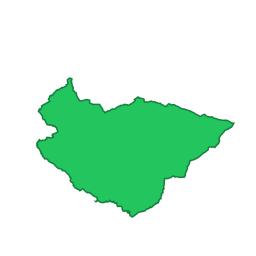 Hankha, Chai Nat, Thailand, rotated 139°
{"feature_id": "78962969B11374583847622", "entity_name": "Hankha", "entity_type": "district", "adm_level": 2, "iso_a3": "THA", "parent_name": "Thailand", "parent_adm1": "Chai Nat", "projection": "natural_earth1", "projection_center": [99.977, 15.032], "detail": "fine", "context": "isolated", "style": "filled", "palette": "green", "viewbox_px": 256, "rotation_deg": 139, "n_neighbors": 0, "source": "geoboundaries", "source_scale": "gbopen_adm2", "svg_char_len": 5844}
<svg xmlns="http://www.w3.org/2000/svg" viewBox="0 0 256 256"><g transform="rotate(139 128 128)"><path d="M208.3,174.8L208.4,172.9L209.0,172.9L208.8,170.9L208.8,169.7L209.2,168.6L209.2,167.3L209.7,167.3L209.7,165.6L210.4,165.6L210.4,162.9L210.9,162.9L211.0,159.0L209.8,158.6L209.6,158.3L209.4,156.3L209.6,155.7L209.6,154.4L209.2,153.6L209.0,152.7L208.3,152.0L208.4,151.2L207.5,149.8L207.6,147.5L207.2,143.5L206.7,142.5L205.5,141.5L205.2,140.9L205.2,140.2L205.5,139.7L205.4,138.8L205.1,138.4L204.3,138.0L203.8,136.5L203.7,133.0L203.4,131.6L203.7,130.0L204.2,129.5L203.7,128.0L205.0,127.2L206.3,125.7L206.4,124.8L205.6,123.0L206.0,121.4L207.1,120.6L206.9,119.1L207.2,117.7L206.5,116.0L206.4,115.0L205.5,114.0L205.5,112.2L204.4,111.9L202.9,112.1L201.9,111.4L201.7,109.4L201.7,107.3L201.1,106.4L200.9,105.5L199.9,105.0L199.4,104.5L199.4,103.8L199.0,103.4L199.1,102.8L199.0,101.9L198.8,101.5L198.7,99.6L198.2,99.1L198.2,98.1L197.7,97.6L197.0,96.3L196.9,95.6L197.6,95.1L198.0,94.5L198.0,93.2L198.3,93.1L199.4,93.6L200.4,93.3L200.6,93.6L200.6,93.3L200.4,93.2L199.3,93.6L198.7,93.3L197.2,89.5L195.9,88.1L194.0,87.3L193.7,86.9L192.4,87.1L192.5,86.5L192.4,86.1L191.7,85.8L191.6,85.3L191.3,85.1L189.5,85.1L189.2,85.3L189.0,84.6L189.4,84.2L189.1,83.2L188.6,83.0L188.3,82.2L187.4,82.3L187.0,82.1L187.0,81.3L187.5,80.8L187.6,80.4L186.7,79.4L185.9,79.2L185.7,79.0L185.9,78.5L186.7,77.5L187.3,75.7L186.6,75.2L184.5,73.3L184.4,72.3L184.8,71.4L185.2,71.2L185.3,70.5L185.8,70.3L185.9,69.0L186.2,68.5L185.9,68.2L185.6,68.2L185.3,67.4L184.8,67.2L184.4,67.4L183.8,67.1L183.6,66.0L182.8,65.8L182.3,65.5L183.3,65.2L184.0,64.5L183.3,63.5L182.3,63.4L181.9,63.8L181.7,63.6L182.1,63.2L183.0,63.0L183.1,62.0L183.6,61.4L183.7,59.7L183.4,59.4L183.4,58.8L183.0,57.9L175.4,57.4L174.5,57.0L169.8,54.4L167.5,54.6L165.7,53.8L164.4,53.5L164.2,53.7L163.2,53.4L163.1,53.6L162.7,52.8L162.3,52.6L160.7,52.8L158.6,52.7L158.1,52.9L156.8,52.3L156.1,52.8L155.2,52.0L153.9,51.8L153.6,52.5L153.0,52.4L151.6,53.3L151.3,53.1L150.8,53.5L150.2,53.4L149.4,53.1L148.4,54.4L147.2,55.2L146.8,55.1L145.9,56.5L145.5,56.6L144.8,56.2L144.1,56.3L143.6,56.7L142.4,58.6L141.8,58.3L140.7,58.5L139.8,60.2L137.7,61.7L135.3,64.3L133.6,65.8L132.7,64.9L132.2,64.8L131.1,63.7L127.8,62.5L125.3,62.1L124.8,61.2L124.8,60.2L124.2,60.1L123.0,59.3L121.8,57.3L120.9,56.3L118.6,54.8L118.2,54.1L117.3,54.0L115.4,55.0L115.0,55.6L113.3,56.7L112.0,57.1L111.1,57.8L109.7,58.4L108.3,60.1L107.6,59.9L105.7,60.6L104.7,61.4L103.5,61.9L102.8,62.6L99.3,61.0L95.5,59.8L94.6,59.9L92.9,59.6L88.3,59.7L85.4,59.1L83.3,59.1L82.1,58.9L80.4,60.3L80.0,60.4L79.0,60.3L77.7,59.5L77.5,58.6L76.9,58.6L76.5,58.3L75.2,56.3L74.9,56.5L72.2,56.8L71.3,57.1L70.8,56.8L69.4,57.0L68.3,57.8L67.9,57.9L67.0,58.7L66.7,59.3L66.7,60.3L65.8,60.5L65.2,61.2L64.5,61.0L62.9,61.8L61.4,61.6L59.2,62.1L58.0,62.1L56.7,62.7L54.4,62.0L53.2,61.4L52.5,61.6L50.4,60.9L48.9,60.8L45.0,62.2L46.4,63.7L47.8,67.9L48.8,69.5L51.0,71.2L54.2,74.9L54.8,76.4L55.8,77.9L56.7,78.7L57.0,80.9L58.9,82.5L61.0,85.1L61.2,85.8L61.1,87.4L61.3,88.1L63.3,88.9L65.3,89.0L66.2,89.7L66.6,91.4L67.9,94.3L68.2,95.9L68.8,97.1L69.7,99.8L70.6,100.9L71.7,103.1L72.3,103.7L72.9,105.2L74.4,106.7L75.1,107.8L76.3,111.8L77.2,112.8L77.5,114.3L78.0,115.5L80.1,116.9L81.1,119.4L82.4,119.6L84.9,119.2L85.5,119.5L86.2,120.8L86.5,122.3L87.2,123.2L87.5,125.7L88.6,126.2L89.2,127.1L89.3,128.0L90.3,128.9L90.4,130.0L92.0,131.3L92.5,132.6L92.9,133.1L96.3,134.6L97.0,135.7L98.5,136.7L98.5,137.0L98.3,137.7L97.2,138.8L97.1,139.5L99.4,142.8L99.7,144.1L100.4,144.1L100.4,144.9L102.9,145.0L104.4,145.4L104.4,144.1L105.0,143.9L109.4,143.9L110.6,144.5L112.2,144.6L113.0,145.2L113.3,145.9L113.8,146.2L114.4,147.4L115.4,148.3L117.4,148.7L118.9,150.0L119.9,150.0L120.9,150.5L121.2,150.3L122.3,150.8L124.4,151.0L125.1,150.7L126.4,151.6L126.8,152.3L128.3,152.9L129.8,153.1L130.5,153.0L131.2,153.4L131.9,154.1L132.4,154.0L133.3,154.4L134.3,154.4L135.5,154.7L135.1,155.9L135.5,157.0L135.6,157.8L135.0,158.4L134.6,159.3L134.9,159.7L134.6,160.2L134.7,160.9L134.2,162.0L134.3,162.8L134.1,164.2L134.3,164.9L136.9,166.9L137.8,168.0L138.7,168.4L139.5,169.9L140.6,172.3L139.3,173.3L138.7,174.1L140.4,176.4L141.4,177.2L143.6,178.0L146.3,179.7L146.4,180.4L146.2,183.7L145.3,186.8L144.6,187.2L144.6,187.8L144.2,188.3L144.2,189.0L144.5,189.7L144.5,191.6L144.8,192.3L144.7,192.8L144.3,193.2L144.2,193.6L143.6,193.7L142.9,194.4L142.2,196.9L141.6,197.6L141.1,199.3L140.5,199.4L140.5,199.9L140.1,200.2L139.9,200.8L138.6,201.3L138.1,202.1L138.8,203.3L139.7,204.2L140.6,204.0L142.1,204.1L143.2,202.7L144.0,201.1L144.6,200.8L146.3,201.1L146.5,200.5L147.0,200.4L148.4,200.5L150.2,201.1L151.3,201.3L151.5,202.0L152.2,201.9L153.6,202.1L154.2,202.3L155.6,202.4L155.7,203.0L156.6,203.0L157.3,203.4L159.5,202.9L160.6,203.1L162.2,202.8L162.4,202.6L162.5,202.2L163.3,202.3L163.9,202.8L164.6,202.7L164.6,203.1L166.2,203.4L166.6,203.2L166.8,202.8L167.4,202.5L169.1,202.0L169.4,199.5L178.2,201.3L178.1,200.9L179.2,200.6L180.4,199.9L181.9,199.4L182.0,199.4L182.2,200.4L182.9,200.3L183.7,199.8L183.7,199.2L184.7,199.2L184.5,197.2L184.5,195.8L185.0,192.6L186.1,191.4L186.4,190.0L185.4,189.0L186.6,184.8L186.8,183.5L185.4,181.8L185.2,181.9L184.7,181.5L184.4,181.1L184.4,180.8L183.2,179.5L183.4,179.1L183.1,179.1L182.8,178.6L182.8,178.1L182.3,177.8L182.4,177.6L182.1,177.2L182.3,177.0L182.0,176.1L182.0,175.1L181.8,175.0L182.1,174.6L182.2,174.0L182.5,173.7L182.8,172.5L183.3,171.4L183.9,171.1L188.4,172.4L189.1,172.9L189.8,172.3L189.8,171.2L190.3,171.4L190.3,170.1L190.8,170.4L191.6,170.5L191.9,170.7L192.9,170.9L193.2,171.3L193.2,171.7L193.9,172.8L195.5,174.2L195.9,174.1L196.0,173.7L196.8,173.0L197.4,173.4L199.3,173.5L200.5,174.9L201.7,175.2L202.4,176.2L202.6,177.3L203.4,177.2L203.8,176.9L203.9,176.5L204.1,176.3L205.1,176.8L206.5,176.2L206.7,176.3L206.9,175.9L207.2,175.8L207.2,174.9L208.3,174.8Z" fill="#22c55e" stroke="#15803d" stroke-width="1.5"/></g></svg>